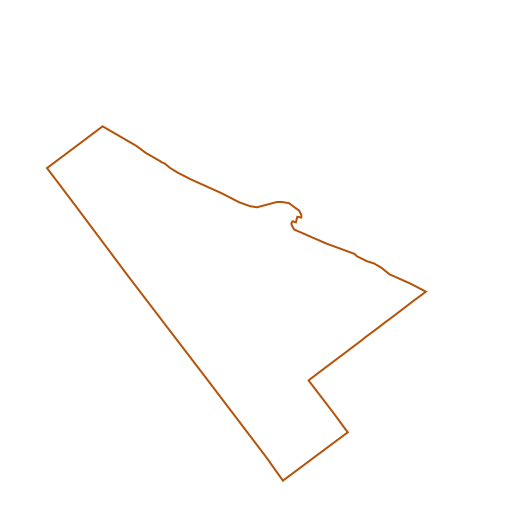 outline of Erie, Pennsylvania, United States of America, rotated 53°
{"feature_id": "52423323B98876913296061", "entity_name": "Erie", "entity_type": "district", "adm_level": 2, "iso_a3": "USA", "parent_name": "United States of America", "parent_adm1": "Pennsylvania", "projection": "natural_earth1", "projection_center": [-80.038, 42.059], "detail": "fine", "context": "isolated", "style": "outline", "palette": "amber", "viewbox_px": 512, "rotation_deg": 53, "n_neighbors": 0, "source": "geoboundaries", "source_scale": "gbopen_adm2", "svg_char_len": 939}
<svg xmlns="http://www.w3.org/2000/svg" viewBox="0 0 512 512"><g transform="rotate(53 256 256)"><path d="M386.7,141.8L371.0,149.3L351.0,160.4L341.0,162.9L333.2,166.1L326.8,170.6L316.9,175.6L313.7,176.0L288.8,192.1L275.0,199.9L257.8,209.6L253.1,209.0L251.2,208.0L250.2,206.0L250.3,205.9L253.1,203.9L249.6,199.4L252.5,196.7L250.8,195.3L246.0,194.2L233.5,197.9L227.9,203.4L225.4,206.9L217.7,225.9L212.6,230.8L203.0,237.1L186.4,245.1L184.8,245.9L156.2,261.6L155.3,262.1L141.8,268.6L133.5,271.8L127.5,273.1L123.8,275.2L123.2,275.2L107.4,282.0L96.3,285.2L60.1,300.5L60.1,301.2L60.1,318.7L60.1,326.7L60.0,370.0L109.0,369.9L132.7,370.0L195.0,370.2L268.9,369.7L323.0,369.3L422.1,368.9L451.6,369.7L452.0,288.8L445.8,288.8L426.4,288.6L387.1,288.9L387.0,288.2L386.9,277.9L386.9,223.6L386.7,217.0L386.8,206.4L386.8,199.9L386.7,194.2L386.7,190.7L386.8,188.6L386.6,156.3L386.7,151.8L386.7,141.8Z" fill="none" stroke="#b45309" stroke-width="2"/></g></svg>